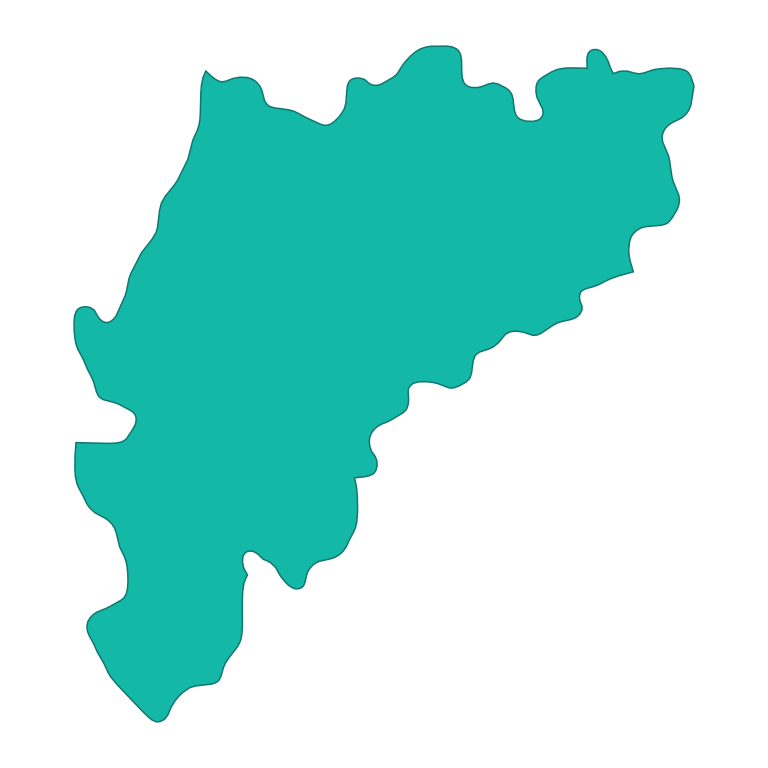 La Mata, Sánchez Ramírez, Dominican Republic (orthographic projection)
{"feature_id": "3306468B26306333639139", "entity_name": "La Mata", "entity_type": "district", "adm_level": 2, "iso_a3": "DOM", "parent_name": "Dominican Republic", "parent_adm1": "Sánchez Ramírez", "projection": "orthographic", "projection_center": [-70.199, 19.067], "detail": "fine", "context": "isolated", "style": "filled", "palette": "teal", "viewbox_px": 768, "rotation_deg": 0, "n_neighbors": 0, "source": "geoboundaries", "source_scale": "gbopen_adm2", "svg_char_len": 5249}
<svg xmlns="http://www.w3.org/2000/svg" viewBox="0 0 768 768"><path d="M205.8,71.0L203.1,77.3L201.4,85.4L200.8,93.9L200.3,114.0L199.9,119.6L199.0,125.1L197.3,130.4L192.8,140.3L187.9,159.2L177.6,180.1L174.8,184.4L165.2,196.4L161.4,203.0L159.6,210.2L157.5,227.5L156.2,232.2L152.3,238.9L141.3,253.0L130.6,274.0L129.0,278.5L126.6,290.6L125.3,295.4L116.0,316.1L113.4,319.3L110.2,321.7L108.2,322.4L106.2,322.5L104.2,322.1L102.4,321.3L99.6,318.9L97.5,316.0L94.9,311.1L93.7,309.7L90.2,307.6L86.2,306.7L81.9,307.1L79.8,307.9L77.8,309.2L76.3,311.2L74.6,315.7L74.0,323.2L74.2,331.2L75.1,339.4L76.2,344.7L78.0,349.5L83.4,359.7L87.2,368.7L92.4,378.9L94.0,383.1L96.4,391.8L98.2,395.6L99.6,397.3L103.2,399.6L113.9,402.4L118.2,403.9L129.5,409.9L133.0,412.1L134.4,413.8L135.5,415.8L136.1,417.9L136.2,420.2L135.3,424.5L132.4,429.9L126.6,438.5L124.9,440.1L122.8,441.3L120.6,442.2L115.7,443.1L107.9,443.4L76.0,442.6L75.0,455.8L74.9,468.8L75.4,476.5L77.0,483.9L78.9,488.2L83.2,496.2L86.2,502.6L87.4,504.7L90.1,508.4L95.2,512.9L105.3,518.3L108.9,520.9L112.0,524.2L114.5,528.0L116.2,532.6L119.6,546.7L124.5,557.0L126.1,561.6L127.1,566.6L127.8,574.2L128.0,581.8L127.4,589.2L126.3,593.7L124.2,597.6L120.8,600.4L109.5,606.7L105.5,608.6L96.9,612.1L93.2,614.6L90.1,617.8L87.8,621.8L86.9,626.5L87.5,631.3L89.1,635.4L93.4,643.2L97.3,652.0L104.2,664.0L108.2,672.8L111.0,677.3L117.9,685.5L142.6,711.4L148.1,716.8L151.8,719.8L156.0,721.7L158.3,721.9L160.4,721.5L164.0,719.6L165.5,718.2L167.9,714.8L171.4,706.6L175.4,700.3L178.7,696.4L182.5,692.7L188.8,688.2L191.1,687.2L195.9,685.9L212.1,684.0L216.1,682.5L217.9,681.3L219.3,679.7L221.1,675.9L223.5,667.4L225.4,663.1L228.1,658.9L237.5,646.7L239.9,642.2L240.8,639.7L241.8,634.6L242.4,626.6L242.3,602.1L242.7,591.3L243.9,583.5L245.5,579.0L247.5,574.9L244.3,569.3L243.4,566.8L242.5,561.9L242.8,557.0L243.7,554.8L245.4,552.7L247.4,551.5L249.6,551.0L253.8,551.6L257.9,554.1L263.2,559.3L267.2,560.8L270.8,562.9L275.7,567.5L278.7,573.2L281.3,577.2L284.6,581.3L288.1,584.9L292.0,587.6L294.2,588.5L296.4,588.9L298.6,588.7L300.6,588.1L302.5,586.9L303.8,585.3L305.2,581.7L306.4,575.8L307.8,571.7L310.1,568.0L313.1,564.8L316.8,562.4L319.0,561.4L330.5,558.8L335.0,557.3L338.9,555.0L342.4,552.0L345.2,548.4L346.4,546.4L349.3,540.0L353.6,532.0L355.4,527.7L356.7,522.5L357.6,511.7L357.4,497.8L356.5,486.8L354.5,477.8L364.3,476.8L368.6,475.9L372.6,474.2L374.3,472.8L375.8,470.7L377.1,465.9L376.9,461.0L375.2,456.4L371.5,451.3L370.0,446.8L369.3,442.2L369.7,437.5L371.4,433.1L374.1,429.5L377.4,426.5L381.4,424.2L387.9,421.6L391.8,419.5L402.9,412.9L405.9,410.1L407.0,408.2L408.2,404.2L408.6,400.0L408.2,390.5L408.5,388.7L409.3,387.0L412.1,384.1L414.2,383.0L419.0,381.8L426.8,381.7L432.1,382.3L437.3,383.4L449.2,387.9L453.3,388.0L459.0,386.0L466.0,382.1L469.1,379.2L470.3,377.1L471.6,372.6L473.2,360.8L474.8,356.4L476.1,354.5L479.4,352.1L489.6,348.7L493.5,346.7L498.5,342.7L504.9,334.9L506.5,333.6L510.4,331.8L512.5,331.4L517.0,331.2L523.5,332.2L532.7,335.3L536.8,335.1L540.9,333.4L552.9,325.3L557.3,323.0L561.8,321.5L571.0,319.5L575.2,317.9L577.0,316.7L580.0,313.9L581.8,310.5L582.2,306.9L580.0,300.8L579.4,297.3L580.0,293.7L580.9,291.9L582.3,290.5L585.8,288.7L594.1,286.4L598.3,284.8L606.5,280.6L611.9,278.2L619.8,275.5L633.3,271.8L630.1,260.9L629.1,255.4L628.7,250.1L629.4,242.3L630.9,237.4L632.1,235.3L633.5,233.4L636.8,230.3L640.8,228.0L645.9,226.6L661.0,225.3L665.7,224.0L667.8,222.8L669.4,221.3L672.0,218.0L676.4,210.8L678.3,206.8L679.3,202.3L679.5,199.9L678.8,195.2L672.9,180.7L671.8,175.9L669.6,160.8L668.6,156.0L662.6,141.7L662.1,137.1L662.4,134.7L664.0,130.4L665.2,128.6L668.2,125.4L671.7,122.9L681.7,117.9L685.1,115.1L688.0,111.5L689.2,109.5L690.9,104.9L694.0,86.0L690.7,76.1L688.3,72.5L686.4,71.0L684.2,69.9L679.5,68.7L669.1,68.1L658.4,68.9L653.3,69.8L643.8,73.0L639.3,73.8L634.8,73.2L628.0,71.3L623.6,71.0L619.1,71.5L613.2,73.6L610.3,67.4L607.9,60.8L605.6,56.4L602.4,52.5L600.4,51.0L598.1,49.9L595.9,49.5L593.6,49.6L591.4,50.3L589.5,51.6L588.0,53.7L586.9,58.2L587.1,68.2L570.0,67.9L564.5,68.2L559.0,69.1L556.4,69.8L551.4,72.0L542.9,77.0L539.5,79.6L538.1,81.3L536.9,83.6L536.2,86.1L535.9,91.2L536.7,96.3L537.5,98.7L542.7,109.2L543.1,113.3L542.6,115.4L541.5,117.4L539.7,119.2L537.6,120.3L533.0,121.4L525.9,121.1L521.2,119.7L519.1,118.5L517.2,116.9L515.9,114.8L514.4,110.3L513.0,98.6L511.7,94.1L509.1,90.4L505.7,87.9L497.5,83.8L492.9,83.0L488.4,84.0L481.9,86.6L477.1,87.6L472.1,87.5L469.7,87.0L467.4,86.1L465.4,84.5L463.8,82.5L462.3,77.8L461.8,72.8L461.5,59.7L460.6,54.7L459.6,52.4L458.1,50.3L456.2,48.7L451.7,46.8L446.7,46.1L430.4,46.3L425.7,47.2L421.0,48.7L418.7,49.8L414.5,52.7L410.6,56.0L405.3,61.6L402.3,65.6L397.6,73.2L396.2,74.8L392.8,77.5L381.9,83.8L378.0,85.2L375.8,85.4L371.9,84.9L368.8,83.2L365.2,80.0L363.6,79.1L359.8,78.1L355.8,78.1L353.8,78.5L351.8,79.3L350.0,80.6L348.7,82.3L347.2,86.4L345.9,102.8L344.7,107.6L343.7,110.0L339.5,116.4L334.3,121.6L330.3,124.2L328.1,125.0L325.8,125.3L323.6,125.2L319.8,123.9L305.7,117.4L297.6,113.0L293.5,111.1L288.8,109.8L274.6,107.9L270.4,106.7L268.5,105.7L266.9,104.3L264.6,100.8L261.9,90.5L260.0,86.4L257.2,82.9L255.6,81.3L251.7,78.9L247.0,77.5L239.8,77.2L233.0,78.5L225.6,81.3L221.7,81.8L219.5,81.4L215.3,79.3L211.4,76.3L205.8,71.0Z" fill="#14b8a6" stroke="#0f766e" stroke-width="1.5"/></svg>